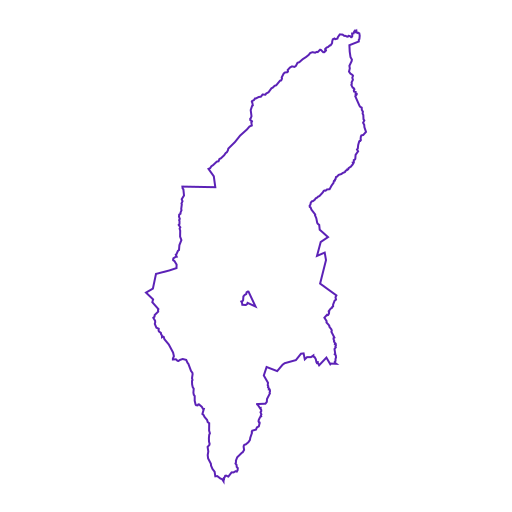 outline of Makoni, Manicaland, Zimbabwe
{"feature_id": "62879985B27116987268551", "entity_name": "Makoni", "entity_type": "district", "adm_level": 2, "iso_a3": "ZWE", "parent_name": "Zimbabwe", "parent_adm1": "Manicaland", "projection": "robinson", "projection_center": [32.274, -18.385], "detail": "fine", "context": "isolated", "style": "outline", "palette": "violet", "viewbox_px": 512, "rotation_deg": 0, "n_neighbors": 0, "source": "geoboundaries", "source_scale": "gbopen_adm2", "svg_char_len": 6022}
<svg xmlns="http://www.w3.org/2000/svg" viewBox="0 0 512 512"><path d="M223.5,481.3L223.5,480.3L224.0,479.6L223.9,477.9L224.5,477.6L225.2,475.8L226.1,475.6L228.3,476.6L231.6,472.4L233.6,472.4L235.6,471.2L236.8,471.6L237.6,470.2L237.8,468.1L236.7,466.9L236.5,464.7L235.5,463.6L236.0,462.1L235.9,460.7L237.2,457.3L241.9,452.7L242.7,452.3L244.1,449.9L243.6,446.7L243.9,445.4L244.4,444.8L245.8,444.4L248.4,442.2L249.9,440.0L250.3,437.7L252.0,432.8L251.7,432.0L252.2,430.7L256.0,429.6L256.9,427.4L258.8,426.4L259.7,422.9L259.5,422.4L259.0,422.4L258.5,421.2L258.8,419.8L260.1,417.1L261.2,416.3L260.8,415.4L261.4,414.4L260.5,412.2L261.3,411.0L261.1,409.5L260.5,408.9L260.6,407.9L259.9,408.0L257.9,405.0L257.0,404.2L256.2,404.1L265.4,403.7L266.8,401.9L267.0,399.0L269.9,393.4L269.6,392.4L270.0,391.3L269.9,390.1L269.6,389.4L268.8,389.4L268.9,388.3L268.0,387.3L268.3,386.2L267.7,385.2L268.0,382.8L263.8,375.5L266.6,367.0L277.2,371.1L282.6,364.7L284.7,363.2L295.9,360.1L301.0,353.7L303.6,353.4L304.8,359.3L307.1,357.1L311.0,357.1L313.4,355.4L313.5,356.7L314.6,357.1L315.8,359.2L316.4,362.0L317.6,362.1L317.2,363.2L318.1,363.3L319.1,365.3L326.4,357.6L330.3,364.3L331.0,363.6L336.3,363.8L334.9,362.7L334.7,362.0L335.5,360.9L335.5,358.9L336.0,357.5L335.8,355.3L334.7,354.2L335.2,353.6L334.5,349.0L335.8,347.3L335.4,346.4L335.9,345.5L335.7,343.9L334.9,344.0L335.0,343.0L334.0,341.6L334.2,340.8L333.6,339.4L333.5,338.2L334.4,337.6L331.4,331.8L331.8,330.8L331.4,329.4L329.4,326.8L329.3,325.8L328.7,324.9L326.5,322.5L326.6,321.1L324.4,317.7L327.0,314.8L327.6,315.2L328.1,315.0L329.0,313.5L328.9,312.5L329.2,311.9L328.7,311.2L330.8,308.5L332.0,307.8L332.3,306.8L333.1,306.4L333.1,304.6L334.6,300.7L336.0,299.6L335.5,297.2L336.4,295.4L320.1,283.6L326.0,260.1L324.7,252.6L317.0,255.9L320.7,242.0L328.0,237.1L319.7,229.7L319.2,224.9L317.7,223.7L317.2,222.8L316.3,218.3L315.0,215.2L315.2,214.5L311.4,209.6L310.6,207.4L309.8,207.0L309.6,205.8L310.4,204.6L310.8,202.6L311.9,201.3L313.0,201.1L314.8,199.7L315.7,198.3L316.9,197.8L318.1,196.6L319.4,196.1L322.8,192.4L323.7,190.9L324.4,190.5L325.6,190.7L326.9,189.5L329.6,189.2L331.6,185.5L333.5,182.9L333.9,181.0L334.9,180.6L334.9,179.6L335.5,179.2L336.0,177.0L337.1,176.6L338.6,174.9L341.5,174.0L342.5,173.1L344.9,172.1L345.7,170.7L347.0,170.1L347.2,169.4L348.2,169.3L348.6,168.1L351.2,166.4L351.7,165.4L352.3,165.0L353.2,163.6L352.8,162.6L353.8,162.4L353.8,160.1L354.9,159.5L355.3,158.8L355.6,154.8L358.1,151.3L357.0,149.5L357.8,148.5L358.2,144.9L359.2,141.4L359.6,140.9L360.2,141.0L360.9,140.0L360.6,138.8L360.9,136.4L361.4,135.4L363.2,135.0L366.0,131.9L364.4,127.2L364.2,124.8L363.1,122.8L364.3,120.4L363.5,119.3L363.3,115.0L362.6,113.6L362.9,111.7L361.8,109.8L361.7,107.6L360.2,106.8L359.5,105.8L355.3,96.3L356.7,94.5L356.7,94.0L355.6,94.2L355.7,92.0L354.0,91.5L353.8,90.2L354.4,89.2L353.5,87.9L352.7,87.7L351.3,84.9L351.8,84.0L351.6,82.4L352.9,79.8L352.3,77.7L353.0,75.8L352.4,74.9L350.4,73.6L349.0,71.6L349.8,68.4L349.4,65.8L351.6,61.2L351.9,59.6L350.5,57.1L349.7,51.6L349.4,45.2L358.8,41.5L358.8,39.8L359.4,39.0L359.7,35.7L359.3,33.4L358.1,32.7L357.3,33.0L356.6,32.2L356.4,30.9L355.5,31.9L354.9,30.7L354.2,31.5L353.6,33.4L352.1,33.5L352.3,36.1L351.6,37.2L351.1,37.2L350.0,36.1L348.5,35.8L347.8,36.7L347.2,36.7L345.6,35.9L344.3,35.9L342.6,34.6L339.8,34.4L337.9,37.1L337.4,38.6L335.2,39.2L334.5,38.5L332.8,39.3L332.2,41.4L332.1,43.0L331.3,44.4L330.5,45.4L329.8,45.4L328.1,47.0L326.7,47.5L325.2,48.9L325.2,50.0L325.9,50.1L326.0,50.5L324.3,52.2L323.2,52.2L320.9,49.9L320.1,49.7L317.7,52.1L316.6,51.9L315.2,52.7L312.5,52.2L310.2,53.0L308.7,54.9L306.1,57.0L302.7,59.2L299.3,62.2L297.5,62.8L295.9,65.9L294.5,66.9L292.0,66.4L290.0,67.5L287.7,70.0L288.0,71.4L287.4,72.2L284.9,72.5L283.7,73.5L281.7,77.4L282.0,78.6L281.2,80.4L280.0,80.7L276.2,85.3L274.6,85.8L272.7,87.7L271.5,88.2L268.5,92.3L266.2,93.5L265.4,94.7L262.6,94.5L260.9,96.7L258.7,97.0L255.8,98.5L255.1,98.4L253.8,100.2L252.1,101.0L251.8,101.7L252.3,102.7L252.8,105.4L252.1,105.9L250.7,110.1L251.5,116.2L250.8,118.1L250.2,118.8L250.3,120.1L251.8,121.0L252.0,121.6L251.3,122.2L251.8,125.5L249.5,126.5L246.9,129.5L240.1,135.6L235.0,142.0L228.3,148.6L227.9,150.4L226.8,152.3L225.7,153.0L224.2,155.2L220.8,158.4L219.5,158.9L218.5,161.3L216.8,161.6L213.0,165.2L211.4,166.2L210.2,168.1L208.5,168.9L213.8,176.3L215.3,187.2L182.4,186.6L182.6,188.4L183.4,189.4L184.0,195.5L181.7,199.2L182.5,201.2L181.5,203.5L181.8,204.4L181.2,209.0L181.5,210.2L180.5,212.6L180.5,213.7L179.2,214.6L179.0,216.7L179.8,218.9L179.1,220.1L179.5,220.9L179.5,224.0L178.7,224.9L180.3,227.3L179.6,228.6L180.2,230.7L180.1,236.6L181.4,240.1L179.4,245.1L179.0,250.0L177.9,250.9L176.5,254.1L175.8,254.7L176.7,256.7L175.6,256.9L173.4,258.3L173.1,259.6L173.2,260.3L174.5,261.1L176.6,264.6L176.5,268.1L169.2,270.5L156.0,273.9L152.9,288.6L146.0,292.6L153.1,299.4L152.3,302.2L158.4,309.1L158.0,309.9L158.2,311.6L154.7,315.0L154.5,316.7L153.3,317.8L155.1,320.8L155.2,322.2L154.8,323.9L156.4,327.7L158.7,328.7L158.6,330.7L159.0,331.5L160.9,332.9L161.0,334.0L161.9,335.5L162.0,337.2L163.0,336.6L163.7,336.9L164.4,339.2L168.8,344.5L173.1,352.6L173.9,356.2L172.9,358.5L172.9,359.5L175.9,359.3L177.5,360.8L178.4,361.0L180.0,359.9L182.7,359.0L186.2,359.9L187.5,362.8L188.4,363.9L191.0,370.9L192.4,372.8L192.6,374.1L192.0,378.2L192.5,380.0L192.0,380.9L192.1,384.3L192.7,387.1L193.7,388.7L193.4,392.7L193.8,394.8L194.7,396.0L194.7,400.8L195.6,404.6L196.1,405.2L197.6,405.4L198.3,404.4L198.9,404.3L201.8,406.8L203.2,409.2L203.8,409.1L202.4,414.0L203.5,414.9L204.5,416.9L207.1,420.0L207.7,422.1L209.2,423.2L209.1,430.6L209.9,433.3L209.2,434.8L208.9,438.2L209.0,441.6L209.6,443.8L209.4,444.9L207.6,446.9L208.3,451.5L207.7,455.1L208.1,458.4L210.9,463.8L211.0,465.5L212.5,469.0L214.6,471.7L215.3,476.3L217.3,476.1L220.5,478.6L222.1,479.1L223.5,481.3ZM246.2,294.1L246.6,292.3L247.9,291.5L248.5,291.6L255.5,306.5L247.6,302.9L247.3,303.9L245.8,305.0L242.3,304.8L242.0,302.8L241.3,301.5L242.5,301.1L243.1,300.2L243.4,296.4L244.7,294.9L246.2,294.1Z" fill="none" stroke="#5b21b6" stroke-width="2"/></svg>